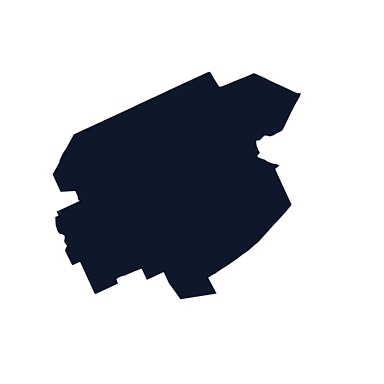 Kaoh Andaet, Takêv, Cambodia, rotated 245°
{"feature_id": "14789045B5776655612798", "entity_name": "Kaoh Andaet", "entity_type": "district", "adm_level": 2, "iso_a3": "KHM", "parent_name": "Cambodia", "parent_adm1": "Takêv", "projection": "equal_earth", "projection_center": [104.923, 10.741], "detail": "fine", "context": "isolated", "style": "filled", "palette": "ink", "viewbox_px": 384, "rotation_deg": 245, "n_neighbors": 0, "source": "geoboundaries", "source_scale": "gbopen_adm2", "svg_char_len": 2127}
<svg xmlns="http://www.w3.org/2000/svg" viewBox="0 0 384 384"><g transform="rotate(245 192 192)"><path d="M141.2,61.6L141.1,62.5L141.1,85.5L145.2,85.9L146.0,87.3L146.3,89.8L146.2,92.2L145.4,96.1L145.4,98.8L145.4,101.3L145.2,104.2L145.2,107.5L144.9,110.0L144.7,112.8L144.3,114.8L132.2,114.7L132.2,133.3L119.2,133.3L100.3,136.9L90.6,170.6L108.2,169.6L109.2,177.7L108.9,178.4L109.5,180.6L109.8,183.0L110.4,186.2L111.1,192.0L112.2,199.0L113.3,204.9L114.7,211.4L115.9,218.2L117.8,224.8L119.5,231.1L121.2,235.1L123.5,240.5L125.4,245.1L128.5,252.2L131.9,260.8L136.0,270.3L138.9,276.1L166.7,276.2L170.4,276.2L176.1,276.3L178.5,276.5L179.1,279.3L179.3,280.3L179.5,281.1L181.1,279.8L182.6,277.4L184.6,275.0L186.4,273.5L188.1,272.1L190.4,270.7L191.6,269.2L193.3,267.7L195.0,265.9L197.1,265.4L198.3,266.7L199.2,269.2L200.4,269.3L201.9,269.1L203.8,269.3L205.0,269.2L207.0,269.5L209.0,270.0L211.1,270.9L212.7,272.1L211.6,273.4L211.1,275.6L212.2,278.2L213.3,281.3L212.5,283.5L210.2,286.4L209.7,289.6L210.2,293.8L210.1,297.0L210.5,299.7L214.3,304.7L221.6,313.5L227.7,321.2L233.2,329.0L235.2,331.2L235.9,329.9L236.9,328.4L238.3,327.1L240.4,325.2L243.4,322.8L246.6,320.1L250.2,317.1L254.4,313.4L259.1,309.4L263.2,306.3L268.1,302.2L272.8,298.0L272.9,294.6L273.0,289.0L273.4,283.6L273.7,277.1L274.0,269.9L274.3,264.6L274.8,261.0L275.3,260.8L276.3,260.3L277.9,260.1L279.7,259.8L282.2,259.6L284.5,259.2L286.8,259.0L290.0,258.9L292.2,258.5L293.1,257.7L293.3,216.4L293.2,204.7L293.3,192.9L293.3,177.8L293.2,176.3L293.3,145.4L293.4,109.6L284.5,97.4L282.3,93.9L280.3,90.9L278.2,88.3L275.8,85.7L274.8,85.4L266.5,73.9L248.2,73.7L242.8,87.4L236.0,87.3L235.0,86.9L234.3,86.6L233.0,86.5L232.0,87.1L230.6,87.2L230.7,61.8L226.3,61.9L226.3,58.0L225.3,57.6L223.7,56.9L221.7,56.1L219.2,55.2L216.9,54.8L214.3,54.5L212.4,54.5L210.3,55.3L209.7,56.9L208.2,57.6L207.3,58.5L206.0,58.8L205.2,58.4L204.3,58.3L203.6,57.9L202.2,56.7L201.2,56.1L200.1,56.0L198.4,56.2L197.4,56.5L196.1,56.8L195.0,56.5L194.7,55.6L194.1,54.7L193.3,53.8L192.6,53.2L191.0,52.8L189.8,52.9L189.0,52.9L176.9,53.3L176.9,61.8L141.2,61.6Z" fill="#0f172a" stroke="#020617" stroke-width="1.5"/></g></svg>